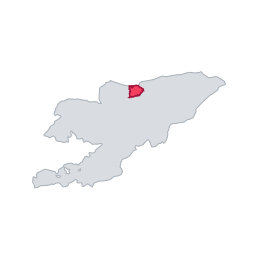 Chuy, Chuy, Kyrgyzstan shown in context, rotated 348°
{"feature_id": "92254566B95692459438099", "entity_name": "Chuy", "entity_type": "district", "adm_level": 2, "iso_a3": "KGZ", "parent_name": "Kyrgyzstan", "parent_adm1": "Chuy", "projection": "orthographic", "projection_center": [75.313, 42.647], "detail": "medium", "context": "in_parent", "style": "filled", "palette": "rose", "viewbox_px": 256, "rotation_deg": 348, "n_neighbors": 0, "source": "geoboundaries", "source_scale": "gbopen_adm2", "svg_char_len": 5048}
<svg xmlns="http://www.w3.org/2000/svg" viewBox="0 0 256 256"><g transform="rotate(348 128 128)"><path d="M57.3,151.2L57.9,150.8L60.0,150.5L64.0,150.3L65.3,150.7L68.0,152.5L70.1,152.4L70.5,152.6L71.3,154.0L74.3,152.1L76.4,151.6L77.6,149.6L79.9,147.2L81.9,146.9L81.9,147.3L82.2,147.6L84.2,148.3L84.8,147.7L85.2,146.8L84.5,145.3L84.5,144.7L85.2,143.9L88.3,145.3L89.0,145.3L90.5,144.6L91.8,143.3L92.3,142.3L98.9,139.1L99.3,138.5L99.3,138.0L96.6,137.2L95.4,137.6L94.2,137.5L93.6,137.0L90.3,136.7L89.6,136.4L87.5,133.8L84.9,132.2L83.6,132.2L82.0,132.8L81.5,132.5L81.5,130.2L81.2,128.8L80.3,128.4L79.1,128.9L75.8,128.0L75.6,125.1L74.4,122.5L72.8,121.4L72.8,119.9L72.2,119.2L71.7,119.3L71.0,120.1L71.2,121.8L70.9,123.5L70.5,124.3L69.7,124.9L68.8,124.9L67.4,124.0L66.9,129.1L66.6,129.4L64.9,128.6L63.4,128.9L61.3,128.5L59.8,127.5L56.7,126.4L55.3,125.4L54.6,121.9L53.8,120.6L53.0,120.3L49.6,121.3L46.4,119.0L44.7,118.4L44.3,117.8L44.4,117.0L49.8,113.4L51.9,110.9L53.3,109.9L56.5,108.9L57.4,106.5L57.7,106.2L61.0,105.2L64.7,103.2L64.8,102.7L64.5,102.1L61.3,100.0L59.6,100.8L58.7,99.6L58.7,98.5L59.9,96.5L60.9,95.6L61.4,93.7L62.8,92.5L64.2,90.5L65.9,89.0L69.0,87.8L70.7,88.3L72.3,88.1L74.8,87.2L76.3,87.2L82.6,89.0L84.7,89.1L89.6,91.3L93.4,92.4L95.2,94.4L101.4,95.4L103.1,96.1L103.7,97.0L105.4,98.2L106.9,98.5L105.7,93.9L106.3,91.1L108.4,83.6L109.5,82.5L114.5,80.5L115.7,79.0L119.3,79.0L120.1,78.8L120.5,77.9L131.6,84.6L135.8,86.4L141.7,88.1L146.6,88.7L147.5,88.3L149.4,85.7L150.4,85.6L162.7,85.9L171.4,84.4L172.7,84.5L176.0,85.8L186.4,86.0L190.5,86.8L197.0,86.3L199.7,86.3L204.7,88.0L206.5,88.3L209.7,88.5L210.9,88.1L211.6,88.5L212.4,90.8L215.6,93.6L216.8,95.2L218.0,95.8L223.8,95.9L226.0,96.5L231.6,101.8L232.5,105.0L232.0,105.7L226.3,106.5L225.1,107.0L223.8,109.5L216.3,112.8L215.1,112.9L205.1,118.9L198.1,123.9L197.9,126.2L193.8,131.5L190.7,132.2L188.0,132.2L183.7,133.9L178.0,133.5L176.1,133.6L172.4,133.0L170.9,133.4L169.3,134.4L167.2,138.6L166.3,139.6L165.9,140.5L165.6,142.5L164.8,144.7L163.0,147.9L161.4,149.4L159.9,150.4L158.7,148.4L156.8,149.8L155.0,149.6L153.9,150.0L151.4,151.7L147.6,151.7L147.2,151.1L146.5,146.4L145.8,144.1L145.3,143.7L144.6,143.6L139.3,147.3L136.8,147.9L134.8,148.1L132.1,146.9L131.6,147.2L131.1,147.8L130.9,148.6L131.7,150.7L131.4,151.1L130.2,151.0L128.6,151.5L123.4,155.8L120.1,156.9L117.1,157.3L115.3,158.1L114.2,159.7L112.2,164.1L112.3,165.0L113.1,166.3L113.6,169.0L113.5,169.7L111.8,171.9L109.7,172.5L108.1,172.8L105.0,172.5L103.4,172.9L100.4,174.5L97.9,174.8L93.3,174.7L88.8,173.9L87.3,174.1L83.3,175.0L81.9,176.5L81.1,177.9L80.7,178.1L79.2,176.7L77.2,174.4L76.2,174.3L72.6,176.1L72.0,176.0L71.0,175.2L71.3,172.3L70.2,171.7L67.7,171.4L66.9,170.7L67.3,168.9L67.0,168.2L66.4,167.6L65.1,167.7L62.5,169.1L59.5,169.5L58.5,170.0L57.2,172.0L53.2,172.2L51.9,171.6L49.7,167.7L47.7,167.0L45.6,167.1L42.7,167.9L42.1,167.0L41.3,166.7L40.6,167.4L37.1,167.3L33.6,166.9L31.6,166.4L30.3,166.3L27.6,167.2L24.4,167.1L24.3,163.6L23.5,161.1L24.7,157.3L25.3,156.0L27.6,157.7L28.5,157.5L28.8,156.7L28.5,154.9L29.8,153.1L38.3,151.0L47.4,155.4L48.5,158.0L49.3,157.9L50.6,156.9L51.1,154.8L53.0,153.7L57.0,152.5L57.3,151.2ZM61.6,160.1L61.8,159.8L61.2,157.9L62.3,156.2L60.4,155.9L59.5,155.3L58.5,153.5L58.1,153.4L57.5,153.9L57.2,155.0L57.4,156.2L58.7,157.5L57.9,159.9L60.7,160.3L61.6,160.1ZM51.9,161.3L51.8,160.8L51.2,160.5L47.7,159.6L47.8,160.1L49.1,162.0L50.1,162.2L51.9,161.3ZM72.7,159.2L73.0,158.0L70.9,158.6L70.6,159.2L71.3,159.9L72.2,160.2L72.7,159.2Z" fill="#d9dde1" stroke="#a8b0b8" stroke-width="1"/><path d="M135.5,98.4L135.7,98.6L135.9,98.6L136.3,98.6L136.5,98.4L136.8,98.3L136.9,98.0L137.2,98.0L137.4,98.1L137.5,98.3L137.7,98.5L138.2,98.5L138.4,98.2L138.5,98.2L138.8,98.4L139.2,98.3L139.6,98.7L139.8,98.6L140.1,98.7L140.6,98.4L141.0,98.3L141.3,98.3L141.7,98.0L141.8,97.9L142.4,98.5L142.8,98.2L143.1,98.4L143.5,98.2L143.6,98.3L143.8,98.2L143.9,98.3L144.4,97.7L144.6,98.0L144.5,98.3L144.7,98.5L145.0,98.4L145.1,98.6L145.7,98.6L145.8,98.5L145.8,98.3L146.3,98.2L146.7,97.9L146.7,97.6L147.8,96.8L148.0,96.6L147.9,96.3L148.0,96.1L148.9,96.0L149.2,95.8L149.3,95.8L149.8,95.4L149.8,95.2L149.7,94.9L149.7,94.5L149.8,94.4L150.2,94.3L151.0,94.6L150.8,92.7L150.3,92.4L149.6,92.1L149.4,91.5L148.8,90.9L148.3,90.8L147.3,89.6L147.0,88.7L145.9,88.5L144.9,87.9L142.6,88.1L141.8,87.8L141.4,87.9L141.1,87.7L140.6,87.7L140.4,87.5L140.2,87.6L139.7,87.6L139.2,87.7L138.5,87.4L138.4,87.2L138.1,87.1L137.8,87.7L137.7,87.9L137.8,88.0L138.3,88.4L138.3,88.7L138.2,88.9L137.8,89.1L137.8,89.3L137.9,89.7L137.9,90.0L137.4,89.8L137.3,90.1L137.2,90.4L138.0,91.8L138.1,92.2L137.9,92.6L137.1,93.0L137.3,93.3L137.6,93.0L137.7,93.3L137.6,93.6L137.2,93.6L137.1,94.0L136.6,94.6L136.5,95.0L136.5,97.1L136.4,97.4L136.3,97.6L136.1,98.2L136.0,98.4L135.5,98.4ZM139.1,87.9L139.7,87.7L139.8,87.7L140.4,87.7L141.1,87.9L141.1,88.0L140.9,88.0L141.0,88.0L141.6,88.3L141.5,88.5L141.2,88.4L141.2,88.8L141.1,89.1L141.0,89.4L140.6,89.6L140.3,89.3L140.3,89.2L140.7,89.0L140.5,88.7L140.4,88.6L140.3,88.3L139.4,88.0L139.1,87.9Z" fill="#f43f5e" stroke="#9f1239" stroke-width="1.5"/></g></svg>